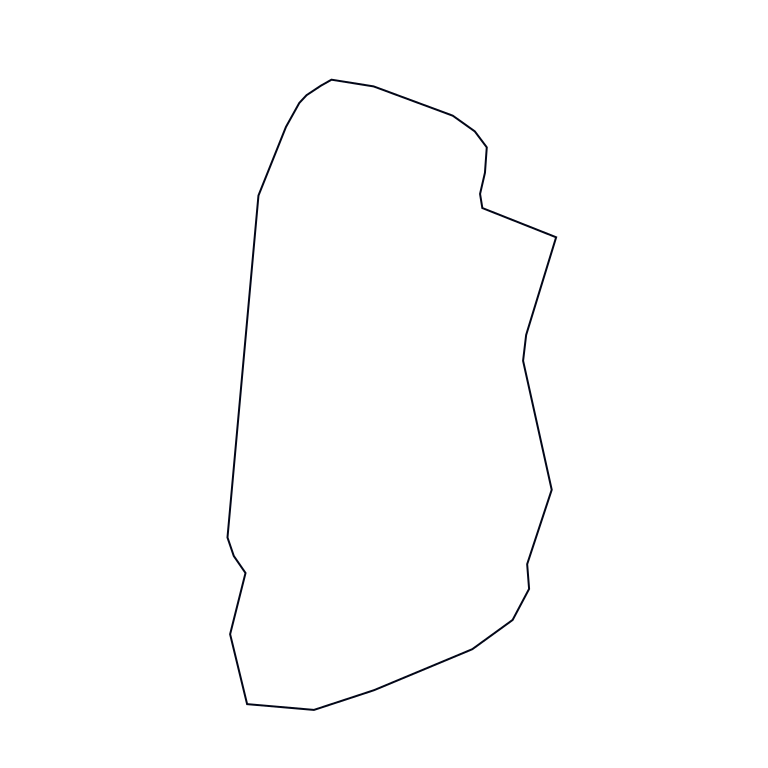 outline of Slovenske Konjice, rotated 80°
{"feature_id": "SVN-992", "entity_name": "Slovenske Konjice", "entity_type": "Municipality", "adm_level": 1, "iso_a3": "SVN", "parent_name": "Slovenia", "parent_adm1": "", "projection": "equal_earth", "projection_center": [15.451, 46.324], "detail": "fine", "context": "isolated", "style": "outline", "palette": "ink", "viewbox_px": 768, "rotation_deg": 80, "n_neighbors": 0, "source": "natural_earth", "source_scale": "10m", "svg_char_len": 508}
<svg xmlns="http://www.w3.org/2000/svg" viewBox="0 0 768 768"><g transform="rotate(80 384 384)"><path d="M113.8,435.9L92.5,418.6L86.1,410.1L79.2,394.2L75.2,382.9L89.1,342.6L131.7,269.7L151.0,250.7L168.8,241.7L193.5,247.9L213.5,256.4L227.8,256.6L269.4,189.0L360.4,235.5L385.3,243.0L517.3,237.2L586.3,274.3L611.0,276.7L638.7,298.3L660.5,343.1L683.8,447.0L692.8,509.6L675.5,574.4L603.7,579.0L546.1,553.2L527.3,561.8L508.0,564.8L176.6,474.9L113.8,435.9Z" fill="none" stroke="#020617" stroke-width="2"/></g></svg>